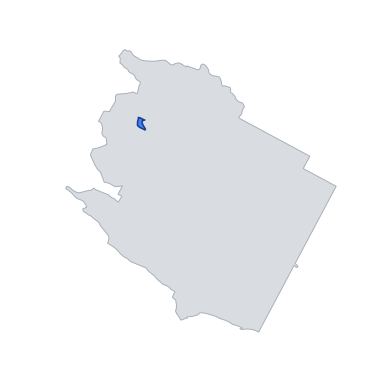 location of Babanusa, South Kordufan, Sudan, rotated 118°
{"feature_id": "16777658B12271079488091", "entity_name": "Babanusa", "entity_type": "district", "adm_level": 2, "iso_a3": "SDN", "parent_name": "Sudan", "parent_adm1": "South Kordufan", "projection": "equal_earth", "projection_center": [27.395, 11.378], "detail": "fine", "context": "in_parent", "style": "filled", "palette": "blue", "viewbox_px": 384, "rotation_deg": 118, "n_neighbors": 0, "source": "geoboundaries", "source_scale": "gbopen_adm2", "svg_char_len": 4558}
<svg xmlns="http://www.w3.org/2000/svg" viewBox="0 0 384 384"><g transform="rotate(118 192 192)"><path d="M248.3,305.1L245.6,305.1L245.4,304.3L245.4,302.0L245.7,300.2L246.6,297.4L246.4,295.9L246.5,293.7L245.8,291.3L239.3,284.2L238.1,282.2L234.6,280.5L235.2,278.5L233.7,264.0L234.4,262.3L234.6,259.7L234.5,257.5L235.3,253.8L235.4,252.2L228.6,252.1L228.5,253.7L228.9,255.5L228.8,256.2L219.4,256.3L223.2,262.0L223.4,264.4L223.2,267.6L223.3,269.5L223.5,270.8L224.5,273.4L224.5,273.9L224.2,274.5L217.5,282.1L216.4,285.6L215.6,287.4L213.6,290.5L207.5,298.6L206.5,299.2L201.8,299.5L201.4,299.7L201.0,300.0L200.8,299.9L196.8,295.2L190.0,289.5L185.6,292.4L184.4,293.5L184.4,296.3L183.7,297.7L182.5,299.2L179.2,300.2L177.5,301.0L175.5,302.6L173.5,305.2L173.3,306.5L173.5,307.7L162.2,307.7L161.4,306.7L159.8,302.4L158.6,302.7L148.2,302.2L146.8,302.7L143.8,304.4L142.3,304.7L140.8,303.9L135.3,295.4L134.2,294.4L132.9,292.4L131.8,291.5L131.4,290.9L131.3,290.0L131.3,288.1L130.9,287.0L130.0,286.7L122.7,288.7L121.7,288.4L120.1,288.8L119.6,289.1L119.0,290.2L118.9,292.6L118.7,293.7L118.1,295.0L116.0,297.9L115.6,299.1L115.7,302.3L115.5,303.9L115.2,304.6L114.3,305.8L113.9,306.5L113.6,310.6L112.4,313.0L112.2,313.9L112.1,315.7L111.9,316.2L108.6,317.6L107.3,318.5L106.6,319.9L106.4,320.5L105.0,320.0L103.2,319.6L99.7,319.2L98.3,318.5L97.7,317.6L97.9,315.1L97.5,314.6L97.0,314.1L96.6,313.1L96.7,311.8L98.5,309.0L98.9,307.5L99.4,300.3L99.3,298.2L97.9,294.2L94.6,287.3L93.8,286.0L89.7,280.3L89.2,279.5L88.2,277.1L89.3,271.9L89.4,270.5L89.1,269.0L88.1,267.8L87.1,267.7L85.9,266.3L85.1,265.7L84.4,264.5L83.9,262.7L84.3,256.6L84.1,255.8L83.0,255.6L82.8,255.1L82.8,253.9L82.3,250.4L81.7,247.5L82.0,246.0L81.2,243.8L79.5,242.8L76.2,243.6L75.1,243.4L74.4,243.0L73.9,242.2L73.7,241.3L73.9,239.9L74.9,237.3L76.1,235.1L78.5,233.2L79.1,232.1L79.5,231.0L79.6,229.7L79.4,228.3L79.2,227.0L78.5,225.3L77.8,223.3L77.8,222.0L78.1,221.0L78.8,219.9L81.2,217.6L83.6,215.8L84.0,215.1L83.9,214.3L82.8,212.8L82.4,209.8L81.8,207.7L83.1,206.1L84.0,205.6L85.4,205.1L86.0,204.4L86.1,203.2L86.1,202.0L86.6,201.1L87.3,199.2L87.9,198.3L89.7,196.1L90.1,194.6L90.3,193.2L89.8,189.0L90.9,187.2L92.2,185.8L94.2,185.9L97.2,185.6L99.3,185.0L100.8,185.0L104.1,185.8L104.5,185.4L104.7,184.3L105.1,104.8L118.9,104.8L119.1,104.6L119.3,67.4L205.8,67.4L206.5,67.3L207.8,63.8L208.4,63.5L209.3,63.8L209.6,64.6L208.9,67.4L284.3,67.4L284.6,71.6L285.3,75.0L287.5,79.9L289.4,82.5L290.1,83.9L290.2,84.6L290.1,85.2L289.5,84.5L288.6,84.0L288.5,86.3L289.1,91.0L289.9,94.3L289.4,97.3L289.6,102.4L290.7,108.6L290.6,112.5L292.4,121.7L294.0,126.8L294.9,128.1L295.9,128.8L297.7,129.2L300.4,131.8L302.6,134.6L303.4,136.0L304.5,137.6L305.2,137.3L305.6,136.9L306.3,138.2L309.8,140.9L310.3,142.2L309.1,143.5L307.8,145.6L307.1,147.6L306.8,148.3L305.7,149.5L305.5,150.1L305.0,150.5L304.5,150.5L303.3,151.2L302.3,151.0L301.2,151.4L300.9,151.9L300.0,152.3L298.9,152.5L297.2,154.2L295.7,155.1L295.1,155.7L294.4,159.1L293.8,160.0L291.5,160.1L290.4,160.4L288.9,160.0L288.2,160.1L288.0,160.8L287.8,163.7L287.8,165.0L286.6,168.3L287.1,174.5L285.9,179.2L285.8,180.3L284.6,184.0L283.9,185.3L282.5,192.3L281.9,194.4L280.6,196.6L282.2,213.3L281.1,218.4L281.2,221.2L280.4,225.3L279.8,227.2L278.8,229.5L278.0,232.1L277.3,235.5L276.9,241.9L276.6,242.5L272.6,243.3L271.3,243.8L270.5,244.5L269.4,246.1L267.4,250.7L266.3,253.4L264.6,257.2L262.7,259.9L262.3,261.2L262.0,263.7L261.3,267.5L260.6,270.3L260.8,272.5L260.2,276.3L260.3,278.2L259.6,279.2L258.7,280.2L258.0,280.4L255.1,277.9L253.2,279.6L251.9,282.1L251.0,284.6L251.6,289.9L251.5,291.1L251.3,292.4L249.4,297.6L248.9,300.0L248.3,304.1L248.3,305.1Z" fill="#d9dde1" stroke="#a8b0b8" stroke-width="1"/><path d="M159.1,270.5L159.4,269.2L159.5,267.8L159.4,265.7L159.3,264.0L159.4,263.1L159.2,262.8L158.9,262.4L158.2,262.8L157.6,263.7L157.3,264.3L157.2,264.4L157.1,264.6L156.8,265.2L156.5,265.6L156.5,266.0L156.3,266.3L155.5,267.0L155.3,267.2L155.1,267.7L154.5,268.4L154.2,268.8L153.8,269.0L153.4,269.0L152.8,269.1L152.3,269.1L151.8,268.9L151.5,268.5L151.5,268.2L150.7,267.7L150.7,267.8L150.7,268.0L150.8,268.3L150.8,268.5L150.8,268.8L150.8,269.4L150.8,269.8L150.8,270.0L150.9,270.4L150.8,270.7L150.8,270.8L150.8,271.0L150.8,271.3L150.8,271.5L150.8,271.8L150.8,272.0L150.9,272.3L150.9,272.5L151.0,272.5L151.0,272.9L151.1,273.0L151.1,273.4L151.2,273.5L151.2,273.8L151.3,273.9L151.3,274.0L151.4,274.3L152.2,273.9L152.4,273.8L153.9,273.5L156.1,272.9L156.8,272.3L157.5,272.0L158.2,271.9L158.6,271.5L158.8,271.1L159.0,270.9L159.0,270.7L159.1,270.5Z" fill="#3b82f6" stroke="#1e3a8a" stroke-width="1.5"/></g></svg>